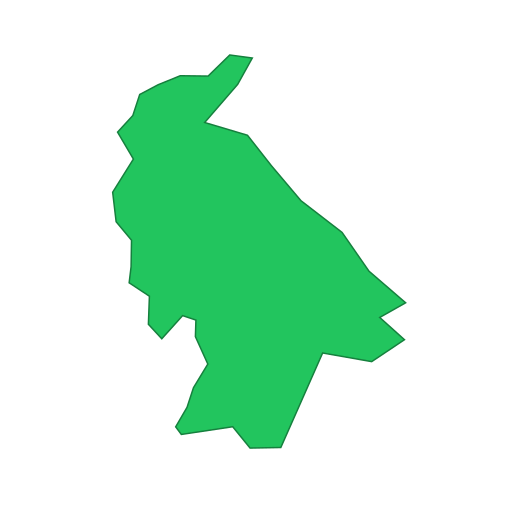 the district of Buvayda, Ferghana, Uzbekistan, rotated 14°
{"feature_id": "79887680B35623710055833", "entity_name": "Buvayda", "entity_type": "district", "adm_level": 2, "iso_a3": "UZB", "parent_name": "Uzbekistan", "parent_adm1": "Ferghana", "projection": "equal_earth", "projection_center": [71.095, 40.647], "detail": "fine", "context": "isolated", "style": "filled", "palette": "green", "viewbox_px": 512, "rotation_deg": 14, "n_neighbors": 0, "source": "geoboundaries", "source_scale": "gbopen_adm2", "svg_char_len": 668}
<svg xmlns="http://www.w3.org/2000/svg" viewBox="0 0 512 512"><g transform="rotate(14 256 256)"><path d="M420.3,301.3L390.9,285.7L412.5,265.2L369.3,243.4L333.8,212.3L286.3,191.5L249.0,164.6L218.5,140.9L173.9,138.9L196.7,93.9L204.5,64.8L181.9,67.3L166.0,93.0L138.9,99.4L119.6,113.5L104.1,127.4L102.5,149.5L91.7,169.3L113.6,191.6L101.5,228.8L112.0,256.6L131.4,270.8L137.4,296.7L139.4,312.7L162.3,320.8L168.1,348.3L184.6,359.1L199.2,331.6L213.2,332.7L216.7,348.9L235.4,372.5L227.2,398.9L225.7,419.5L219.4,441.2L226.7,447.2L274.7,427.3L296.7,443.8L326.4,435.8L334.0,392.2L344.1,334.0L393.8,330.5L420.3,301.3Z" fill="#22c55e" stroke="#15803d" stroke-width="1.5"/></g></svg>